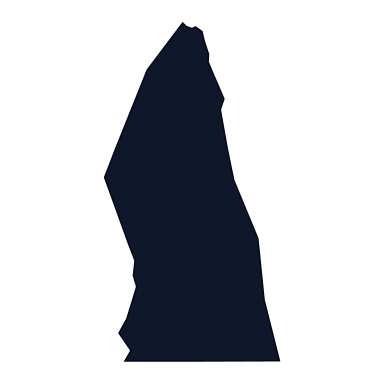 the district of Djigueni, Hodh ech Chargui, Mauritania
{"feature_id": "47542326B52298833192374", "entity_name": "Djigueni", "entity_type": "district", "adm_level": 2, "iso_a3": "MRT", "parent_name": "Mauritania", "parent_adm1": "Hodh ech Chargui", "projection": "equal_earth", "projection_center": [-8.77, 16.018], "detail": "fine", "context": "isolated", "style": "filled", "palette": "ink", "viewbox_px": 384, "rotation_deg": 0, "n_neighbors": 0, "source": "geoboundaries", "source_scale": "gbopen_adm2", "svg_char_len": 529}
<svg xmlns="http://www.w3.org/2000/svg" viewBox="0 0 384 384"><path d="M279.4,360.7L264.1,300.1L257.8,238.4L233.7,180.1L227.2,148.5L220.3,109.7L221.0,107.5L223.9,98.9L211.4,69.9L208.1,61.7L208.5,54.1L204.1,40.8L202.0,31.6L195.6,27.0L192.0,28.6L186.4,26.6L182.7,23.0L147.3,69.9L116.1,147.6L104.6,177.4L113.0,200.6L128.9,244.7L134.7,259.7L135.1,260.6L133.4,275.5L136.7,286.6L132.4,300.9L126.9,318.7L119.0,333.1L130.6,350.0L130.9,350.7L124.9,361.0L189.3,361.0L279.4,360.7Z" fill="#0f172a" stroke="#020617" stroke-width="1.5"/></svg>